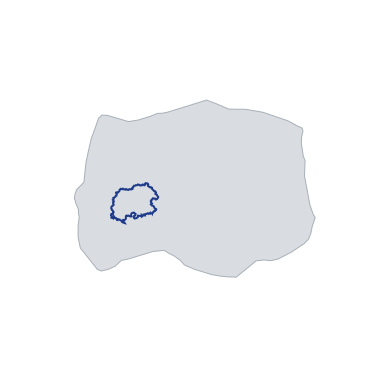 Qhoasing, Mohale's Hoek, Lesotho shown in context, rotated 41°
{"feature_id": "5366337B8464119840521", "entity_name": "Qhoasing", "entity_type": "district", "adm_level": 2, "iso_a3": "LSO", "parent_name": "Lesotho", "parent_adm1": "Mohale's Hoek", "projection": "mercator", "projection_center": [27.882, -30.022], "detail": "fine", "context": "in_parent", "style": "outline", "palette": "blue", "viewbox_px": 384, "rotation_deg": 41, "n_neighbors": 0, "source": "geoboundaries", "source_scale": "gbopen_adm2", "svg_char_len": 6591}
<svg xmlns="http://www.w3.org/2000/svg" viewBox="0 0 384 384"><g transform="rotate(41 192 192)"><path d="M244.4,248.8L235.3,251.7L234.0,252.0L228.1,251.3L220.3,252.0L214.1,253.6L209.4,254.2L201.6,262.5L187.4,285.1L183.6,289.8L182.6,298.7L179.3,305.7L175.3,311.2L171.4,312.5L159.5,310.3L144.4,307.5L135.6,300.7L127.8,291.7L123.6,285.2L119.3,281.7L117.9,279.7L111.7,276.7L109.4,275.1L107.3,274.0L104.8,269.7L103.4,265.9L104.0,255.5L99.6,249.3L92.2,238.6L87.5,230.0L81.1,218.1L77.2,208.0L73.1,197.5L73.6,193.0L77.5,189.9L88.9,184.6L97.8,180.6L104.1,173.1L111.0,162.0L114.4,155.3L117.8,152.2L121.4,147.5L127.8,137.1L135.0,125.5L142.6,113.1L152.3,109.5L165.4,105.3L178.1,94.5L193.2,85.3L217.5,75.4L228.8,72.9L233.1,71.5L235.9,73.4L238.8,79.0L242.9,83.8L252.5,92.0L256.6,94.0L266.5,106.2L277.1,114.6L289.3,124.3L297.6,129.1L301.8,130.5L305.3,139.1L308.9,145.4L310.9,151.4L310.5,157.2L306.7,171.5L301.0,186.1L296.5,192.2L291.0,196.0L285.6,201.8L283.6,213.5L281.2,227.3L274.1,233.0L268.7,236.8L261.1,241.4L244.4,248.8Z" fill="#d9dde1" stroke="#a8b0b8" stroke-width="1"/><path d="M161.7,259.6L160.7,259.3L159.5,259.5L159.0,259.4L158.7,259.2L158.3,258.4L158.3,258.2L158.5,258.0L159.3,257.6L159.5,257.4L159.6,256.6L159.7,256.3L159.6,255.8L159.2,255.0L158.1,253.9L157.9,253.4L158.0,252.8L158.3,252.5L159.2,252.3L159.4,251.6L159.7,251.4L161.2,251.1L161.8,250.7L162.1,250.6L162.2,250.3L161.4,249.6L160.6,248.7L160.5,248.0L160.5,247.5L160.7,246.9L161.0,246.5L161.4,246.3L161.6,245.7L162.1,245.6L163.3,245.7L163.4,245.8L163.8,245.6L164.2,246.3L164.5,247.1L164.3,247.7L163.9,248.4L163.9,248.8L164.3,249.1L165.1,249.6L165.8,249.7L166.1,249.7L166.4,249.3L166.5,249.0L167.0,248.5L167.2,248.2L167.3,247.6L167.6,246.9L167.5,246.4L167.1,246.0L166.7,245.4L166.7,245.2L167.4,245.0L168.6,243.9L169.0,243.8L169.1,243.4L169.1,243.2L169.5,243.3L169.8,243.7L170.0,243.7L169.9,243.4L170.1,243.2L169.6,242.7L170.2,242.8L170.2,242.6L170.3,242.5L170.2,241.9L170.6,241.6L170.9,241.5L171.0,241.4L170.8,241.2L170.4,241.1L170.2,240.8L170.3,240.7L170.6,240.7L170.8,240.9L171.0,240.9L171.3,240.8L171.3,240.6L171.8,240.4L171.7,240.3L171.1,240.0L171.0,239.8L171.1,239.5L171.6,239.3L171.8,239.0L171.7,238.8L171.8,238.6L172.1,238.4L172.4,237.8L172.3,237.3L172.4,237.2L173.7,236.4L173.8,236.5L173.9,236.2L174.1,236.1L173.9,235.9L174.0,235.4L174.2,235.6L174.3,235.8L174.5,235.7L174.9,235.5L175.1,235.0L175.4,234.8L175.6,234.3L175.8,234.1L176.0,234.2L175.8,233.8L175.7,233.6L175.8,233.5L176.1,233.2L175.9,232.8L176.2,232.0L176.2,231.7L175.9,231.6L176.0,231.1L176.0,230.5L176.1,230.3L176.5,230.3L176.5,229.9L176.7,229.4L176.5,229.1L176.4,229.1L176.4,228.6L176.3,228.4L176.1,228.4L175.9,228.5L174.9,228.7L174.0,228.7L173.4,228.3L172.8,228.0L172.0,228.0L171.4,228.1L170.5,228.5L170.3,228.4L169.9,228.5L169.5,228.3L169.4,228.2L169.2,228.2L169.4,227.6L169.3,227.0L169.3,226.9L168.1,226.9L167.9,226.8L167.8,226.4L167.4,226.3L167.4,226.0L166.7,225.6L166.7,225.1L166.6,224.6L166.9,224.1L166.7,223.8L166.9,223.5L166.7,223.0L166.6,222.4L166.8,222.2L167.7,221.8L167.9,221.6L168.1,221.4L168.3,221.3L168.6,221.2L168.9,221.4L169.5,221.5L169.8,221.2L170.2,220.3L170.1,219.8L170.2,219.1L169.9,218.5L169.9,218.1L169.8,217.9L169.3,217.9L168.6,217.6L167.5,217.4L167.2,217.2L167.0,217.3L166.7,217.1L166.1,217.4L165.6,217.5L165.1,216.6L165.2,216.1L164.9,215.9L164.5,215.9L164.4,215.8L163.7,215.6L163.2,216.1L162.2,216.1L161.3,215.9L160.6,216.0L160.2,215.9L159.6,215.7L159.2,215.1L158.9,215.0L158.2,215.2L158.0,215.4L157.7,215.4L157.5,216.0L156.9,216.1L156.4,216.1L155.2,216.3L154.9,216.1L154.7,215.9L154.6,216.0L154.5,215.9L154.2,215.7L154.1,215.4L153.9,215.1L153.9,214.9L153.4,214.7L153.1,214.8L152.8,214.8L152.6,215.0L152.2,215.1L152.1,215.4L151.6,215.7L151.4,215.7L151.3,215.9L151.1,216.0L151.1,216.4L151.2,216.5L151.4,216.5L151.5,216.7L151.7,217.0L151.8,217.4L151.8,217.6L151.5,217.8L151.7,218.1L151.5,218.3L150.8,218.4L150.3,218.7L150.0,218.6L149.8,218.7L149.9,219.7L149.6,219.9L149.4,220.1L149.2,220.2L149.1,220.7L148.9,220.8L148.5,221.1L148.3,221.0L148.0,221.1L147.9,221.2L147.3,221.2L146.4,221.7L146.5,221.9L146.5,222.4L146.3,222.7L146.1,223.0L145.2,223.5L145.0,224.2L144.8,224.8L144.4,225.3L144.1,225.4L144.1,225.8L144.4,226.5L144.5,226.9L144.4,227.1L144.4,227.3L144.2,227.3L144.1,227.8L144.5,228.3L144.9,228.4L145.1,228.6L144.9,228.9L144.8,229.2L144.6,229.4L144.3,229.6L144.4,229.9L143.9,230.3L143.5,230.8L143.3,230.9L142.9,230.9L142.8,231.0L142.7,231.8L142.5,232.3L142.0,232.4L141.6,232.8L140.6,232.9L140.3,233.0L140.2,233.4L140.3,233.8L140.1,233.9L139.1,234.5L138.8,234.5L138.3,235.1L137.6,234.9L137.5,235.3L136.8,236.2L136.6,236.3L136.1,236.4L136.1,236.6L136.1,237.4L135.9,237.7L136.1,237.9L136.2,238.2L136.4,238.4L136.6,239.0L136.6,239.5L136.3,240.2L136.5,240.3L136.5,241.0L136.4,241.1L135.9,241.2L135.7,241.6L135.2,241.9L135.3,242.1L135.2,242.3L135.8,242.6L135.9,242.9L136.5,243.0L136.9,243.3L136.9,243.6L137.0,243.9L137.3,244.3L137.0,244.6L137.0,245.3L137.3,245.9L136.8,247.2L137.0,247.6L136.8,247.8L136.8,248.0L136.6,248.3L137.4,248.7L137.4,249.1L137.6,249.6L137.5,249.9L138.5,250.1L139.1,250.3L139.1,250.5L139.0,250.8L139.3,251.2L139.3,251.3L139.2,251.4L139.2,251.5L139.3,251.5L139.4,251.4L139.5,251.9L139.8,252.1L140.0,252.1L140.1,252.3L140.4,252.5L140.5,252.8L140.8,253.0L141.2,253.1L141.1,253.4L141.2,253.5L141.1,253.8L141.2,254.8L141.1,255.1L140.9,255.3L141.0,255.5L140.9,255.8L141.1,256.3L141.2,256.5L141.3,256.7L141.7,257.2L142.3,257.4L142.3,257.5L142.5,257.5L142.9,257.8L143.2,257.9L143.4,258.1L143.7,258.0L144.2,258.1L144.3,258.1L144.6,258.1L144.9,258.1L145.1,258.2L145.2,258.4L145.5,258.4L145.9,258.5L146.1,258.8L146.0,259.2L146.0,259.4L146.3,259.6L146.3,259.8L146.5,259.9L146.5,260.1L146.3,260.2L146.2,260.4L146.0,260.7L146.3,260.7L146.4,260.8L146.3,261.0L146.5,261.3L146.3,261.7L146.3,261.8L145.9,262.1L145.9,262.4L146.2,262.8L146.5,262.9L147.6,263.1L147.8,263.2L148.2,263.2L148.4,263.3L148.2,263.4L148.2,263.5L147.9,263.6L148.1,263.9L147.9,264.1L148.0,264.3L149.0,264.0L149.2,263.9L149.3,263.7L149.1,263.5L149.2,263.4L149.2,263.2L149.3,263.2L149.5,263.1L149.8,263.2L149.7,262.9L149.6,262.6L149.9,262.4L149.4,261.9L149.2,261.7L149.6,261.8L149.9,261.9L150.4,261.9L150.8,262.1L150.9,261.9L151.6,261.9L151.6,261.7L151.9,261.5L152.7,261.6L153.1,261.4L153.1,261.6L153.3,261.8L153.4,261.7L153.5,261.7L153.5,262.1L153.8,262.3L154.1,262.1L154.4,262.0L154.5,261.9L154.5,261.6L154.6,261.3L154.8,260.8L155.2,260.6L155.2,260.4L155.3,260.3L155.6,260.2L156.6,260.3L157.2,260.1L157.8,260.1L158.7,260.4L159.0,260.5L159.4,260.5L159.7,260.4L160.2,259.9L160.5,259.8L161.1,259.9L161.7,259.6Z" fill="none" stroke="#1e3a8a" stroke-width="2"/></g></svg>